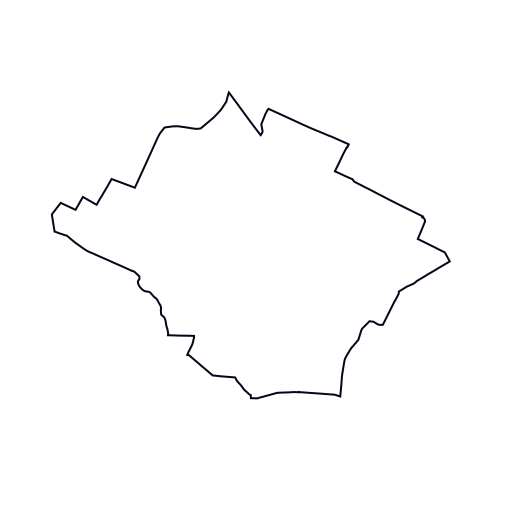 Botiz, Satu Mare, Romania, rotated 248°
{"feature_id": "2599482B62414452256024", "entity_name": "Botiz", "entity_type": "district", "adm_level": 2, "iso_a3": "ROU", "parent_name": "Romania", "parent_adm1": "Satu Mare", "projection": "orthographic", "projection_center": [22.945, 47.838], "detail": "fine", "context": "isolated", "style": "outline", "palette": "ink", "viewbox_px": 512, "rotation_deg": 248, "n_neighbors": 0, "source": "geoboundaries", "source_scale": "gbopen_adm2", "svg_char_len": 4122}
<svg xmlns="http://www.w3.org/2000/svg" viewBox="0 0 512 512"><g transform="rotate(248 256 256)"><path d="M354.1,78.4L352.8,79.9L351.4,81.4L347.7,85.7L345.5,88.4L339.9,91.3L336.8,93.0L335.4,93.8L329.0,97.9L326.1,99.8L324.3,101.1L322.4,102.7L319.7,105.5L314.9,110.1L309.9,115.0L306.6,118.2L302.8,121.8L297.9,126.6L292.7,131.6L290.8,133.4L288.9,135.2L288.6,135.5L288.6,135.8L286.9,137.4L283.9,138.8L280.9,140.2L280.7,140.1L278.6,139.5L277.0,137.4L276.7,137.1L275.5,136.5L274.4,136.4L272.7,136.4L271.9,136.5L270.3,136.9L269.2,137.3L268.2,137.7L266.3,138.7L264.8,140.0L263.3,142.7L262.6,143.5L261.6,144.3L260.2,144.8L257.9,145.6L256.5,146.0L255.7,146.6L254.3,147.3L252.4,148.1L250.3,148.2L248.5,148.4L247.7,148.5L247.3,148.7L246.3,148.8L244.5,148.8L243.5,148.5L242.4,148.1L241.6,147.5L239.9,147.0L238.1,146.4L237.0,146.2L236.5,146.4L234.2,147.6L233.7,147.8L232.5,148.0L231.0,148.0L229.6,147.8L227.0,147.2L225.2,146.8L223.4,146.6L221.6,146.5L219.2,146.0L216.9,145.5L215.5,144.7L214.2,147.7L211.4,154.0L208.5,160.8L206.1,166.4L205.2,168.6L203.9,168.2L201.5,166.5L199.9,165.4L197.9,163.8L197.0,162.9L194.1,159.5L192.7,157.9L190.6,155.7L190.0,155.2L189.0,156.8L174.1,164.5L161.5,171.1L157.2,179.2L151.2,191.2L148.9,191.4L147.5,191.6L145.9,192.0L144.4,192.6L142.4,193.4L140.7,193.9L139.0,194.3L136.6,194.9L136.3,195.0L136.0,195.1L134.9,195.7L134.3,196.0L133.7,196.3L132.6,196.8L131.4,197.4L130.1,198.0L129.7,198.4L129.3,198.9L128.9,199.0L126.4,198.1L126.1,198.0L125.4,199.7L124.4,201.9L123.9,202.9L123.6,203.8L123.4,204.6L123.4,205.7L123.2,207.4L122.9,209.4L122.6,212.5L122.2,215.5L121.9,218.5L121.6,220.7L121.4,222.8L121.1,224.7L120.6,226.1L120.1,227.6L119.1,230.3L118.1,233.1L117.1,235.8L115.8,239.7L115.2,241.2L114.6,242.6L113.6,244.6L113.9,244.8L113.6,245.2L113.4,245.5L111.0,250.4L110.0,252.4L106.6,259.4L104.4,263.9L100.1,272.6L98.0,276.9L94.2,281.5L102.1,285.6L109.9,289.5L112.1,290.5L119.8,295.1L122.9,297.0L126.2,299.1L127.7,300.4L129.6,302.6L131.0,304.5L134.9,309.7L136.2,312.4L138.2,316.2L139.7,319.0L140.0,319.6L141.0,320.4L142.0,321.2L147.5,325.7L148.9,327.2L150.9,332.0L153.0,336.8L150.9,340.5L148.7,342.0L147.4,343.0L146.3,344.1L145.7,345.1L144.8,347.4L144.7,347.8L149.3,353.1L151.2,355.2L156.4,361.1L159.5,364.6L162.5,368.0L162.5,368.3L167.6,374.2L169.5,375.1L171.1,384.4L171.2,388.5L171.3,390.0L171.3,391.4L171.6,392.7L171.8,394.1L172.2,394.6L172.5,395.5L172.7,396.6L173.0,398.7L174.7,409.3L175.6,415.6L176.6,421.6L177.5,427.7L177.9,430.5L178.3,433.4L178.4,433.6L186.3,432.7L188.6,432.4L193.0,428.5L194.3,427.3L196.7,425.3L201.5,421.0L211.2,412.4L213.0,414.2L214.6,415.8L217.3,418.5L223.6,424.6L224.4,425.4L225.2,425.8L226.0,426.1L226.8,426.1L227.6,426.0L228.4,425.6L229.0,425.1L229.3,424.7L229.5,424.6L229.9,424.8L229.9,425.0L230.1,425.3L230.2,425.5L234.8,421.4L239.4,417.3L246.8,410.7L254.3,404.1L259.0,400.0L263.8,395.9L270.0,390.6L276.2,385.3L279.3,382.5L282.5,379.8L285.1,377.5L287.8,375.2L288.8,374.7L290.3,374.4L291.3,374.0L292.2,373.0L294.8,370.5L297.4,368.0L300.2,365.4L304.0,361.8L305.0,360.9L309.0,365.4L315.4,372.4L318.0,375.2L322.3,380.3L322.9,381.2L323.0,381.6L322.8,381.7L324.8,383.8L332.5,376.4L337.7,371.4L339.0,370.1L339.2,369.7L344.0,364.9L348.8,360.0L353.0,355.7L359.9,349.0L367.8,341.6L371.8,337.8L376.6,333.3L384.0,326.3L387.8,322.7L386.7,320.9L386.3,320.6L386.0,320.2L385.1,319.1L384.2,318.0L382.8,316.7L378.6,312.6L376.4,310.5L376.0,310.2L375.0,310.0L369.9,309.0L369.0,308.7L368.2,308.2L367.5,307.3L366.6,306.1L366.3,305.6L373.7,303.5L386.6,300.1L394.9,298.0L403.2,295.9L417.8,292.1L416.1,290.7L413.9,289.0L410.2,286.3L408.8,284.3L406.3,280.6L404.9,278.6L402.7,274.1L400.2,268.5L398.3,262.7L395.9,255.4L395.4,253.8L395.2,253.2L395.0,252.6L395.2,251.8L395.6,250.2L395.8,249.3L396.6,247.7L397.4,246.1L399.3,242.9L401.4,239.4L405.6,232.1L406.8,228.9L407.2,227.9L408.8,221.8L409.2,220.3L409.3,219.0L409.1,218.8L405.6,212.8L402.9,209.5L384.0,189.7L375.6,180.8L364.7,169.3L381.5,150.9L380.6,149.9L379.3,148.2L376.4,144.6L371.7,138.4L368.9,134.8L367.7,133.0L363.2,127.4L375.6,117.6L366.4,106.0L378.4,94.8L371.4,82.9L370.8,82.2L354.1,78.4Z" fill="none" stroke="#020617" stroke-width="2"/></g></svg>